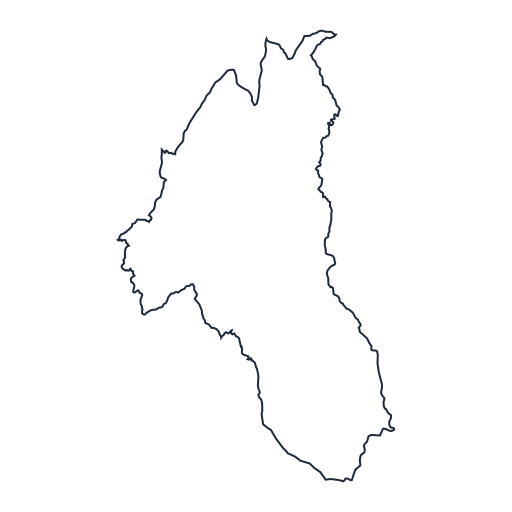 outline of Sasaima, Cundinamarca, Colombia
{"feature_id": "7082276B5066904917882", "entity_name": "Sasaima", "entity_type": "district", "adm_level": 2, "iso_a3": "COL", "parent_name": "Colombia", "parent_adm1": "Cundinamarca", "projection": "equal_earth", "projection_center": [-74.404, 4.947], "detail": "fine", "context": "isolated", "style": "outline", "palette": "slate", "viewbox_px": 512, "rotation_deg": 0, "n_neighbors": 0, "source": "geoboundaries", "source_scale": "gbopen_adm2", "svg_char_len": 6026}
<svg xmlns="http://www.w3.org/2000/svg" viewBox="0 0 512 512"><path d="M304.3,36.1L302.6,40.6L296.3,49.6L295.0,52.1L294.7,53.6L292.2,58.2L289.0,59.1L288.0,58.9L285.3,53.1L284.1,52.6L283.3,50.0L280.9,48.2L279.6,45.4L278.5,44.3L270.1,42.1L267.3,40.6L266.5,38.8L265.5,42.4L265.4,46.1L266.1,49.5L265.4,54.5L264.7,56.7L261.5,61.1L260.6,63.9L261.8,70.4L259.4,79.8L259.2,82.3L259.6,85.4L258.2,97.8L256.7,103.6L255.0,105.0L254.4,105.2L253.9,104.6L251.9,100.5L252.0,97.3L251.6,96.2L250.6,94.0L248.4,90.9L241.3,87.1L237.7,84.3L236.8,82.6L236.1,75.6L234.0,70.1L232.3,69.6L227.7,70.5L219.9,79.4L215.3,82.5L211.0,89.6L210.2,92.1L206.6,95.6L204.4,100.3L201.8,103.8L200.5,106.9L196.2,112.3L189.5,123.0L186.7,129.5L185.1,130.7L183.7,133.4L183.3,139.4L182.8,141.4L177.9,147.2L175.3,151.5L175.2,154.1L174.3,153.6L173.0,154.1L171.4,152.8L168.9,153.2L167.2,151.0L166.2,150.6L165.6,151.1L165.3,152.8L164.8,152.8L161.8,149.6L161.8,154.8L161.4,157.2L162.0,162.8L159.7,171.4L159.8,173.5L160.4,176.0L161.3,177.6L164.7,178.8L166.0,180.1L163.8,182.4L163.4,187.8L161.9,190.8L161.3,194.3L160.5,196.9L156.3,199.9L155.1,202.4L154.8,206.3L153.9,209.4L150.1,213.2L149.0,215.3L150.7,216.5L151.4,217.7L151.4,218.8L150.9,219.9L149.7,220.5L149.0,221.9L147.8,221.0L146.4,220.9L145.8,220.1L144.8,219.8L137.3,219.6L135.1,222.9L132.4,224.0L131.7,226.9L128.1,230.2L127.1,230.7L126.0,232.3L124.9,232.4L123.8,233.5L121.2,234.4L119.9,236.2L118.7,239.4L117.8,239.9L118.6,240.5L121.1,239.7L121.4,240.6L121.9,240.9L124.2,239.8L125.0,239.9L125.6,240.5L126.2,242.8L127.5,243.7L127.9,245.1L128.8,245.7L126.4,247.1L125.4,249.1L124.9,252.3L125.1,257.4L123.4,260.4L124.0,261.4L124.1,263.1L123.8,263.8L122.5,264.6L121.5,266.6L123.0,269.1L124.2,269.5L125.6,270.6L126.6,270.0L127.4,270.5L128.9,270.6L130.1,268.9L130.6,268.7L131.2,270.6L133.0,271.4L133.0,273.8L134.5,275.8L131.3,277.7L130.8,279.7L131.4,282.3L132.8,282.7L134.4,285.2L134.2,287.3L133.2,290.5L133.2,291.7L133.8,292.4L134.8,292.5L138.0,290.3L139.0,291.1L139.6,292.9L141.8,293.7L142.1,294.3L142.1,295.5L140.5,299.8L140.5,301.2L140.7,304.0L142.0,306.5L141.8,308.3L142.6,309.2L142.0,311.4L142.1,313.3L143.6,314.5L144.8,314.6L146.5,312.8L151.3,310.0L156.1,309.5L159.2,307.6L160.9,307.4L162.5,306.6L163.7,304.2L165.9,303.0L167.2,300.5L168.2,297.4L171.0,293.7L173.4,293.4L175.9,291.9L178.4,292.5L180.9,290.3L184.5,288.7L185.9,286.6L187.4,286.0L189.5,285.9L191.0,284.4L192.8,284.2L194.4,287.1L194.1,288.6L194.4,290.1L196.9,294.0L196.6,295.8L194.8,298.6L195.0,299.3L199.4,304.5L201.8,310.5L202.3,315.0L203.1,316.0L203.3,318.3L205.0,320.6L205.2,322.6L205.6,323.1L209.0,324.5L211.5,327.9L213.8,327.9L216.8,329.4L218.6,331.4L219.6,334.2L221.1,336.7L221.2,337.7L222.5,335.7L223.7,335.0L224.5,333.4L225.9,332.2L227.9,333.4L228.6,333.3L231.0,330.7L231.7,330.4L231.1,332.1L231.3,333.5L232.4,334.3L234.2,333.5L236.3,336.5L237.9,337.1L239.0,338.2L240.7,345.8L241.1,346.9L241.5,346.6L242.1,348.9L241.8,352.3L242.3,353.7L243.6,354.7L248.3,356.3L248.7,357.6L247.6,359.2L249.1,359.6L250.9,358.3L251.5,360.3L252.0,360.0L254.9,362.8L256.0,366.9L257.0,368.9L258.1,374.1L258.4,377.4L257.9,385.5L258.3,388.0L259.7,392.0L259.6,393.1L258.3,395.0L259.2,397.3L261.1,399.5L262.1,403.0L262.3,410.9L261.7,413.3L261.7,415.0L263.1,424.3L268.0,428.2L271.0,430.0L276.0,438.6L282.8,447.7L286.6,451.6L287.4,453.0L295.2,456.7L300.6,460.8L309.2,463.3L310.7,464.4L314.1,467.8L320.4,472.2L325.7,479.7L330.4,479.0L339.3,480.1L343.1,481.3L344.6,480.3L345.5,478.6L347.2,478.5L350.8,480.2L351.8,480.1L354.5,471.8L355.7,469.4L360.4,465.3L359.8,460.3L360.4,456.5L360.8,455.2L364.3,452.4L364.7,451.0L364.7,449.2L363.9,445.8L364.7,444.1L367.0,441.6L368.6,436.2L370.5,435.2L372.4,435.0L380.0,435.5L383.0,428.7L383.9,428.5L386.0,429.1L389.9,430.9L391.7,430.9L393.8,430.0L394.2,429.2L393.6,428.1L390.7,427.4L389.3,424.7L389.3,421.5L390.9,418.1L391.1,415.3L388.2,413.0L385.8,408.9L384.8,408.5L383.7,405.8L383.6,401.8L384.5,398.4L382.4,395.7L381.2,393.6L381.2,391.5L382.1,386.7L381.9,384.2L378.8,372.1L377.5,363.4L377.8,355.0L377.1,351.4L375.6,350.5L372.0,350.3L371.5,349.9L371.2,348.6L371.5,346.1L369.4,343.3L367.1,338.4L359.9,331.9L359.5,331.0L359.5,329.3L358.7,327.8L360.5,325.5L360.6,324.3L358.7,321.6L357.9,319.6L355.5,317.7L352.9,312.8L349.0,309.5L346.5,308.6L343.2,304.6L342.8,303.6L341.4,303.0L340.1,301.7L339.7,300.9L339.2,298.0L337.9,296.2L334.0,294.4L333.6,293.7L333.2,289.1L332.7,287.7L331.6,286.9L330.4,287.2L328.4,284.1L328.3,278.4L326.8,273.8L327.4,270.8L330.1,267.1L332.3,265.5L334.2,264.9L335.2,263.5L334.0,257.8L332.9,256.1L331.1,255.2L327.0,254.1L325.7,253.2L325.8,249.9L324.8,245.4L324.9,239.9L325.8,238.2L327.8,237.1L328.3,236.2L328.3,233.8L329.5,231.2L329.3,228.0L330.7,223.8L330.7,222.0L331.3,220.3L331.3,213.2L331.9,210.9L331.0,207.9L329.9,206.4L330.2,202.1L328.2,201.1L327.2,199.1L326.0,198.3L325.0,196.6L323.1,197.1L322.9,193.1L321.9,192.2L320.7,191.8L319.7,190.3L318.3,189.2L318.4,188.5L321.3,185.3L322.3,179.4L321.9,178.4L319.5,177.2L319.1,175.3L318.0,173.2L318.2,170.8L316.2,169.5L316.0,168.6L318.1,166.2L320.1,165.8L320.5,165.0L320.5,163.9L319.2,162.2L320.7,160.4L320.7,157.8L322.0,155.9L322.6,153.2L321.4,150.1L322.1,146.3L321.1,142.7L321.3,141.2L323.1,137.9L325.1,137.7L326.7,136.1L328.1,135.7L329.2,133.6L329.4,131.9L328.6,128.6L329.4,125.4L328.2,124.2L328.1,123.1L329.6,122.6L330.2,124.5L331.0,125.2L331.9,125.0L333.0,123.9L333.3,123.0L333.2,122.2L330.9,120.3L330.9,119.7L334.6,118.9L334.7,118.0L334.1,115.8L334.6,114.4L335.5,114.4L337.1,115.9L337.8,116.0L338.9,111.2L339.8,109.8L338.8,107.5L336.6,105.5L335.1,99.8L332.8,97.5L332.5,94.6L330.9,93.3L328.7,88.4L327.1,86.5L325.6,86.2L324.2,84.9L323.1,85.1L322.3,76.8L320.1,74.5L319.9,73.6L319.6,70.9L320.2,69.8L320.2,68.9L316.7,65.5L315.1,61.1L313.5,60.0L312.5,58.5L311.6,56.0L310.9,55.4L313.3,52.6L315.5,48.8L316.7,45.8L318.0,44.7L320.2,43.9L321.1,42.0L322.4,41.5L323.0,39.9L325.0,39.1L326.4,37.6L330.0,38.2L334.6,36.1L335.9,34.6L334.1,34.3L331.5,31.9L325.0,31.7L323.1,30.8L321.3,30.7L319.1,31.2L315.8,33.3L313.0,33.8L309.8,35.8L304.3,36.1Z" fill="none" stroke="#1e293b" stroke-width="2"/></svg>